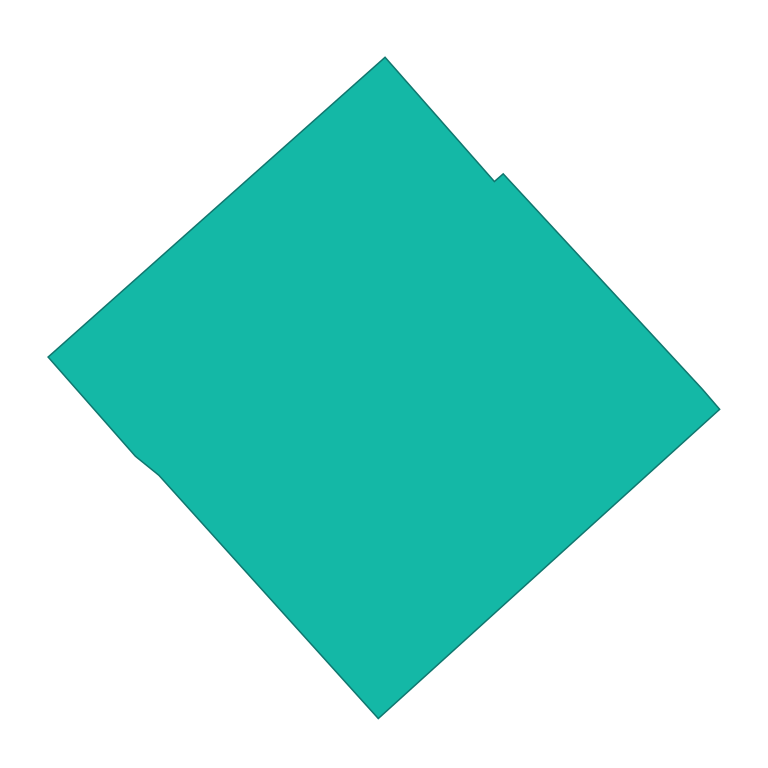 outline of Crawford, Ohio, United States of America, rotated 228°
{"feature_id": "52423323B92428589808296", "entity_name": "Crawford", "entity_type": "district", "adm_level": 2, "iso_a3": "USA", "parent_name": "United States of America", "parent_adm1": "Ohio", "projection": "natural_earth1", "projection_center": [-82.928, 40.85], "detail": "fine", "context": "isolated", "style": "filled", "palette": "teal", "viewbox_px": 768, "rotation_deg": 228, "n_neighbors": 0, "source": "geoboundaries", "source_scale": "gbopen_adm2", "svg_char_len": 291}
<svg xmlns="http://www.w3.org/2000/svg" viewBox="0 0 768 768"><g transform="rotate(228 384 384)"><path d="M139.2,155.9L140.6,616.5L166.9,617.1L460.4,613.2L460.6,601.5L626.1,603.4L628.8,152.4L496.6,150.9L466.8,155.6L139.2,155.9Z" fill="#14b8a6" stroke="#0f766e" stroke-width="1.5"/></g></svg>